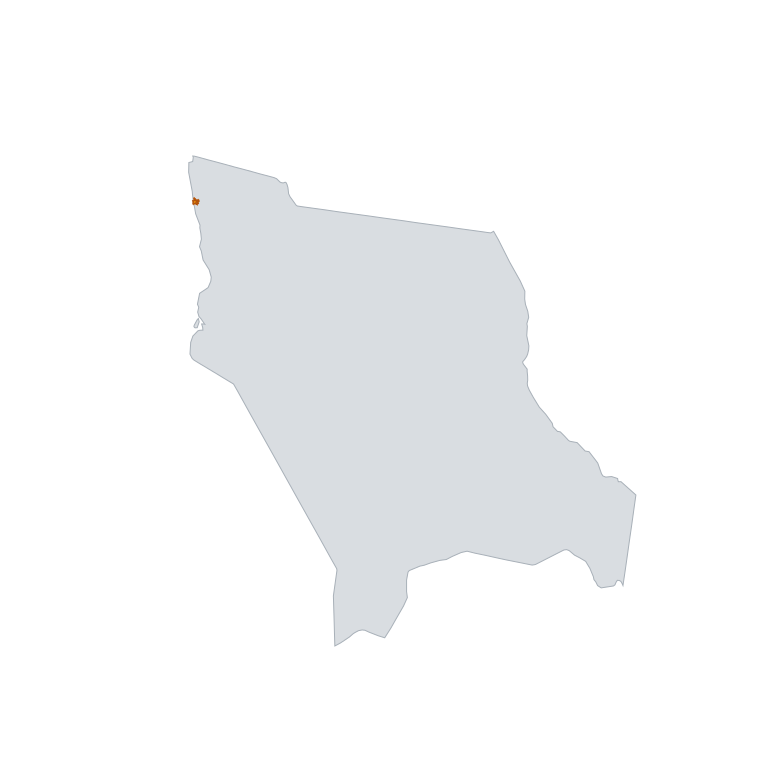 Kisauni, Coast, Kenya shown in context, rotated 151°
{"feature_id": "3690345B29559403317261", "entity_name": "Kisauni", "entity_type": "district", "adm_level": 2, "iso_a3": "KEN", "parent_name": "Kenya", "parent_adm1": "Coast", "projection": "equal_earth", "projection_center": [39.676, -3.982], "detail": "fine", "context": "in_parent", "style": "filled", "palette": "amber", "viewbox_px": 768, "rotation_deg": 151, "n_neighbors": 0, "source": "geoboundaries", "source_scale": "gbopen_adm2", "svg_char_len": 5123}
<svg xmlns="http://www.w3.org/2000/svg" viewBox="0 0 768 768"><g transform="rotate(151 384 384)"><path d="M214.1,464.4L214.0,454.6L215.0,429.7L214.9,407.9L215.8,396.9L219.8,390.0L221.7,385.0L223.0,377.9L225.1,372.2L229.8,367.5L230.7,364.9L235.7,357.1L238.8,347.1L241.0,343.7L243.9,340.5L245.9,338.9L249.2,337.2L251.8,336.3L252.3,335.5L252.5,333.8L251.6,327.6L252.7,325.6L254.5,321.4L256.5,317.6L258.4,315.1L259.4,312.6L259.9,308.2L259.9,305.1L259.9,300.0L259.4,288.5L257.2,278.9L255.9,268.1L256.9,264.6L255.2,258.3L254.4,257.9L253.0,256.6L251.3,250.6L250.0,245.2L249.2,243.8L243.5,239.1L240.6,227.9L237.5,225.4L235.8,214.2L235.4,211.1L237.3,200.0L237.1,197.4L235.2,195.1L229.8,192.7L225.5,188.1L226.1,186.5L226.4,184.9L224.1,183.7L217.5,164.8L226.1,153.4L234.8,141.8L245.9,127.2L256.0,113.8L264.8,102.2L272.7,91.9L272.5,93.9L272.5,96.5L273.5,98.1L275.1,99.2L277.3,98.0L279.3,96.4L281.2,96.1L292.9,100.4L294.9,104.1L294.7,108.2L295.2,111.1L294.3,114.0L293.3,122.9L293.6,131.1L297.1,137.1L300.3,141.9L302.8,148.5L304.6,150.6L307.1,151.6L315.2,151.9L327.2,152.3L338.7,152.7L339.7,152.9L342.2,153.8L352.8,162.8L362.5,171.0L370.7,178.2L378.6,185.2L386.4,191.9L392.4,197.5L398.3,199.2L407.9,200.1L414.6,200.3L420.8,202.7L429.9,204.9L436.7,206.0L440.9,207.3L452.3,208.6L454.2,207.8L459.3,201.6L464.9,191.5L467.1,185.9L474.5,180.4L487.3,172.7L496.3,167.2L506.4,161.7L511.0,166.5L517.3,174.1L520.1,177.9L522.4,179.5L525.8,180.6L530.0,180.7L532.3,180.5L536.9,179.5L547.8,178.6L554.0,178.7L548.8,188.8L542.5,200.9L531.0,223.2L522.2,234.9L515.5,243.8L514.9,245.4L515.0,255.3L515.0,279.4L515.2,327.8L515.3,376.2L515.5,424.6L515.5,448.7L515.6,456.9L521.4,467.0L527.1,477.0L534.7,490.1L538.7,497.2L539.4,499.5L539.2,504.2L532.9,514.1L527.9,518.6L521.0,520.7L519.0,520.3L516.3,518.9L515.2,521.2L514.4,524.9L512.9,524.1L511.8,523.1L512.4,529.6L513.1,532.8L512.1,537.2L508.8,541.0L508.5,544.2L501.3,552.7L491.1,553.6L485.7,557.8L483.3,561.2L481.5,568.7L482.1,580.2L479.3,589.0L478.8,593.5L473.5,599.2L471.2,604.5L469.4,609.8L467.9,612.2L466.2,624.2L463.7,631.4L463.0,633.9L462.4,636.0L460.5,640.3L459.3,643.3L458.4,645.2L452.2,663.9L447.3,672.3L443.5,671.3L441.0,674.6L440.7,676.1L439.4,675.2L436.2,672.2L429.7,665.8L423.1,659.5L416.6,653.2L410.1,646.8L403.5,640.5L397.0,634.2L390.5,627.8L383.9,621.5L380.1,617.8L378.4,615.6L377.1,611.2L376.4,610.1L374.7,608.7L372.6,608.4L372.0,607.6L372.1,605.5L372.8,602.4L375.2,596.6L375.4,593.2L374.9,589.3L374.2,583.1L373.5,581.7L369.2,578.4L360.1,571.6L351.0,564.8L342.0,557.9L332.9,551.1L323.8,544.3L314.7,537.5L305.6,530.6L296.5,523.8L287.4,517.0L278.4,510.1L269.3,503.3L260.2,496.5L251.1,489.7L242.0,482.8L232.9,476.0L223.8,469.2L220.4,466.6L217.4,464.4L214.1,464.4ZM516.2,530.8L514.6,531.3L515.5,528.0L520.1,523.8L522.0,524.7L522.4,525.7L522.3,526.6L521.5,527.4L516.2,530.8Z" fill="#d9dde1" stroke="#a8b0b8" stroke-width="1"/><path d="M459.9,631.9L459.0,632.0L458.7,632.1L458.6,632.3L458.7,632.5L458.8,632.7L459.0,632.8L458.9,632.9L458.9,633.0L459.0,633.0L458.9,633.2L459.0,633.2L459.1,633.3L458.9,633.4L458.8,633.5L459.0,633.7L459.0,633.8L459.1,634.0L459.3,633.9L459.3,633.7L459.5,633.8L459.4,633.8L459.3,634.0L459.3,634.3L459.5,634.4L459.5,634.5L459.4,634.6L459.3,634.8L459.3,635.0L459.5,635.0L459.5,635.3L459.6,635.2L459.7,635.3L459.6,635.5L459.8,635.8L459.6,635.9L459.6,636.0L459.6,636.3L459.8,636.5L459.8,636.8L459.7,637.0L459.4,637.1L459.4,637.3L459.4,637.5L459.5,637.6L459.8,637.6L460.0,637.6L460.0,637.4L460.0,637.5L459.9,637.7L459.8,637.8L459.9,638.0L460.0,638.1L460.1,638.3L460.1,638.5L459.9,638.7L459.9,638.8L460.0,638.8L460.3,638.8L460.3,639.0L460.3,638.9L460.3,638.6L460.2,638.5L460.3,638.4L460.3,638.2L460.5,637.8L460.5,637.7L460.6,637.4L460.7,637.2L460.8,636.9L460.8,636.7L461.0,636.5L461.0,636.4L461.3,636.4L461.5,636.5L461.8,636.6L462.0,636.7L462.2,636.8L462.2,636.7L462.3,636.7L462.5,636.5L462.5,636.4L462.4,636.3L462.4,636.2L462.5,636.1L462.6,635.7L462.8,635.5L462.9,635.4L463.0,635.3L463.1,635.1L463.2,634.9L463.3,634.7L463.6,634.3L463.7,634.2L463.6,633.9L463.5,634.0L463.4,634.0L463.2,633.9L462.8,633.8L462.8,633.7L462.7,633.6L462.4,633.7L462.3,633.8L462.2,633.8L461.9,633.7L461.7,633.7L461.4,633.7L461.2,633.5L460.9,633.6L460.7,633.5L460.8,633.5L460.9,633.4L460.9,633.5L461.0,633.5L461.2,633.4L461.2,633.5L461.3,633.5L461.4,633.4L461.2,633.3L461.1,633.2L461.0,632.9L460.9,632.8L460.9,632.7L460.9,632.4L461.0,632.3L461.0,632.2L460.9,632.1L460.7,632.0L460.4,632.0L460.2,632.0L460.2,631.9L460.1,632.0L460.0,631.9L459.9,631.9L459.9,631.9ZM457.1,634.1L457.1,634.3L457.2,634.2L457.3,634.2L457.3,634.3L457.5,634.3L457.5,634.2L457.6,634.3L457.4,634.6L457.5,634.6L457.5,634.9L457.5,635.0L457.8,635.2L457.9,635.3L458.0,635.4L458.3,635.3L458.3,635.2L458.5,635.0L458.8,635.1L458.9,635.3L458.9,635.5L459.0,635.7L459.0,635.8L459.3,635.9L459.3,636.0L459.4,635.9L459.5,635.8L459.4,635.7L459.4,635.4L459.3,635.2L459.2,635.1L459.2,634.9L459.2,634.7L459.2,634.4L459.2,634.2L458.9,634.1L458.7,634.0L458.3,634.2L458.2,634.2L458.0,634.3L457.8,634.2L457.7,634.1L457.8,634.0L457.7,633.9L457.6,634.0L457.4,634.0L457.2,634.1L457.1,634.1Z" fill="#f59e0b" stroke="#b45309" stroke-width="1.5"/></g></svg>